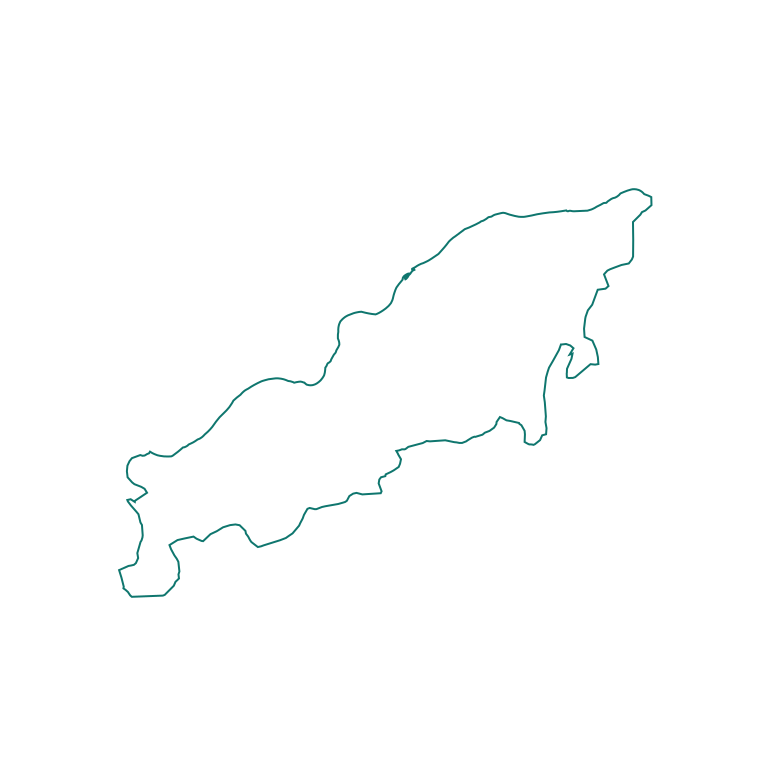 Zifta, Al Gharbiyah, Egypt (orthographic projection), rotated 249°
{"feature_id": "37247803B22072181231059", "entity_name": "Zifta", "entity_type": "district", "adm_level": 2, "iso_a3": "EGY", "parent_name": "Egypt", "parent_adm1": "Al Gharbiyah", "projection": "orthographic", "projection_center": [31.231, 30.728], "detail": "fine", "context": "isolated", "style": "outline", "palette": "teal", "viewbox_px": 768, "rotation_deg": 249, "n_neighbors": 0, "source": "geoboundaries", "source_scale": "gbopen_adm2", "svg_char_len": 6152}
<svg xmlns="http://www.w3.org/2000/svg" viewBox="0 0 768 768"><g transform="rotate(249 384 384)"><path d="M325.8,591.3L332.5,593.3L340.1,594.5L349.8,594.1L356.0,588.1L364.0,590.6L372.9,595.3L374.5,596.3L379.7,600.7L383.4,606.8L395.4,617.3L393.6,625.0L395.0,628.7L407.5,628.7L408.0,629.6L409.8,633.2L410.1,636.2L410.1,641.1L410.0,648.4L408.8,655.7L411.4,660.0L413.7,662.2L429.2,668.3L446.0,674.5L450.2,684.0L452.0,686.4L452.3,690.3L455.1,697.8L462.7,700.5L463.2,700.1L465.0,698.4L468.0,695.0L469.5,694.4L471.1,693.6L472.5,692.6L473.8,691.4L474.3,690.7L475.3,689.3L476.1,687.7L476.7,686.1L477.0,684.4L477.3,680.6L477.3,676.7L477.2,673.6L477.1,672.9L476.2,671.2L475.5,669.0L475.2,667.0L475.2,666.1L475.4,664.7L475.4,664.0L475.3,662.5L474.4,658.7L474.2,658.0L473.5,656.6L473.7,655.7L474.1,654.5L474.2,653.7L473.7,650.3L473.3,646.1L472.9,644.0L472.7,642.1L472.6,640.2L472.7,638.9L472.9,636.1L477.2,623.2L477.9,621.7L478.9,620.1L479.2,619.4L479.3,618.6L479.3,617.7L479.7,617.0L480.2,616.6L480.7,616.4L480.9,615.5L481.8,611.2L482.7,607.4L483.7,603.7L484.9,599.9L486.4,593.5L487.6,587.7L488.4,582.2L489.4,576.8L489.8,574.9L490.4,573.1L491.1,571.4L491.9,569.7L494.1,566.2L497.1,562.0L498.5,560.3L499.8,558.8L500.3,558.1L501.2,556.5L501.6,554.4L502.3,548.6L502.3,547.2L502.1,545.8L501.9,545.0L501.8,544.1L502.3,541.3L501.5,538.7L501.0,535.9L500.9,534.8L501.0,534.2L501.0,533.4L501.0,532.7L500.6,531.3L500.1,526.9L499.9,523.9L499.6,519.5L499.6,514.9L496.3,503.3L495.8,501.1L494.6,497.7L493.7,495.6L491.9,492.7L490.1,489.6L485.9,481.5L484.0,473.4L483.3,469.8L483.1,468.1L482.9,465.5L482.8,463.9L482.9,461.7L482.7,459.2L482.4,457.2L481.9,455.1L481.5,451.6L480.8,451.3L480.3,451.7L480.5,452.5L480.4,453.2L479.7,453.3L479.5,451.2L478.5,449.4L477.7,448.3L477.3,447.6L476.7,446.1L475.5,444.7L475.0,443.9L474.2,442.3L474.1,441.5L476.0,441.4L476.4,442.0L476.9,443.4L477.3,445.1L477.4,446.1L477.7,446.7L478.2,446.8L478.4,446.0L478.3,444.4L477.8,442.1L477.4,441.1L477.1,440.6L476.4,439.7L476.0,439.4L474.8,438.8L474.2,437.8L471.9,433.7L469.6,430.2L467.8,428.4L465.2,426.2L463.4,424.8L460.6,422.9L459.1,421.7L457.8,420.3L457.1,419.6L456.1,417.9L455.2,416.2L453.9,412.7L453.1,409.7L452.6,407.4L452.2,405.0L452.0,402.7L452.0,401.1L453.6,398.0L455.3,395.1L457.1,392.3L459.6,388.7L460.2,386.5L460.6,384.3L460.9,382.2L461.0,380.8L461.0,376.7L461.0,375.0L460.8,373.3L460.5,371.7L460.0,370.0L459.4,368.4L458.4,366.4L458.1,365.8L457.6,365.2L455.7,363.4L454.4,362.5L453.1,361.7L451.2,360.8L449.0,360.0L446.7,358.7L443.9,357.6L443.1,357.3L440.8,357.3L439.0,357.1L437.3,356.6L436.6,356.3L434.8,354.5L432.4,351.5L431.4,350.8L430.6,350.0L430.0,349.0L429.7,348.3L429.1,347.4L425.9,343.6L424.4,342.3L423.7,340.4L423.5,339.0L423.2,338.5L422.0,337.3L421.3,336.6L420.3,335.1L418.0,334.0L415.8,332.8L413.7,331.3L412.8,330.3L411.5,328.5L410.1,326.1L409.2,323.7L408.6,321.4L408.4,319.7L408.4,318.9L408.5,317.2L408.7,316.3L409.2,314.7L410.0,313.2L411.2,311.5L413.0,310.5L413.8,310.2L414.1,309.6L414.6,309.1L415.5,308.0L416.2,306.8L416.6,305.4L417.1,302.9L417.4,300.6L418.4,299.7L419.6,298.2L420.2,297.4L421.1,295.7L423.0,293.7L424.4,292.0L425.9,289.7L427.2,287.2L428.0,285.2L428.4,283.7L429.2,280.4L429.8,277.9L430.2,274.1L430.4,271.7L430.4,270.1L430.1,266.3L429.6,262.2L429.1,259.1L428.3,255.4L428.1,253.6L427.8,251.9L427.3,250.3L426.7,248.8L426.0,247.3L425.4,246.2L424.1,241.8L422.7,238.1L422.5,237.5L420.8,235.5L419.3,233.4L417.9,231.4L416.7,229.2L415.8,227.5L411.9,218.6L411.5,217.9L409.0,213.6L405.5,208.3L404.0,205.5L402.6,202.5L401.1,198.5L400.5,197.3L399.8,195.6L399.5,194.6L399.1,192.8L399.0,191.8L399.0,190.1L398.3,187.2L397.9,185.0L397.7,182.8L397.5,179.9L396.9,178.6L396.6,177.1L396.5,175.6L396.5,174.9L396.8,173.6L395.7,170.6L394.6,167.4L392.8,161.1L392.7,160.3L392.7,159.4L392.9,158.8L393.7,156.4L395.3,152.6L397.3,149.0L398.7,146.9L400.8,144.6L402.6,142.9L404.7,141.3L403.5,139.8L403.5,137.8L403.0,134.9L403.5,132.9L405.0,131.0L405.1,122.1L403.1,118.7L399.7,115.2L394.7,112.7L388.8,111.2L382.4,113.6L379.9,115.1L375.0,120.5L372.0,122.9L367.4,123.8L364.2,109.6L363.2,109.1L367.2,106.2L367.7,102.8L366.2,102.8L361.3,104.2L353.4,107.1L350.4,108.1L342.0,107.0L339.1,107.5L329.2,104.5L327.3,103.5L324.8,101.5L323.8,100.1L314.5,93.1L309.6,92.1L305.7,88.2L304.8,85.7L305.2,82.8L305.7,80.3L305.2,70.0L297.4,69.5L288.0,68.4L286.6,67.5L284.5,68.9L281.6,70.4L277.6,71.3L275.7,72.3L265.7,101.7L265.7,103.7L271.0,115.5L274.0,118.4L275.9,122.9L279.9,123.9L282.3,125.8L291.7,128.3L295.1,127.9L299.1,126.9L306.0,126.0L310.5,126.0L312.3,135.3L311.3,142.2L309.8,151.5L306.8,153.5L302.9,157.4L302.1,158.8L306.0,168.2L306.5,175.1L307.9,182.4L307.4,189.8L306.1,195.0L303.9,198.6L296.5,202.0L293.8,201.5L290.3,202.5L286.9,202.9L284.4,203.4L283.4,203.9L277.0,207.8L276.5,211.2L276.5,213.7L275.4,230.9L275.4,237.2L276.3,240.7L277.3,245.1L282.2,254.0L284.1,255.9L287.6,259.9L290.5,262.4L294.9,267.8L294.9,270.2L291.9,274.6L291.4,276.1L291.4,282.0L290.9,285.4L288.4,298.2L287.9,303.7L287.8,305.5L288.3,307.5L291.8,311.5L292.2,313.4L292.7,315.9L292.2,319.3L288.7,324.2L283.2,341.8L284.7,343.3L293.1,343.4L296.5,345.4L298.0,347.8L297.5,352.2L299.0,353.2L299.4,358.6L299.9,362.1L301.3,368.0L303.8,370.4L307.7,372.9L313.2,372.0L314.1,372.0L317.1,371.5L316.6,374.4L316.6,377.4L315.6,379.8L315.6,380.8L316.6,384.2L315.5,394.5L315.0,399.0L315.5,403.4L314.0,406.3L309.5,421.0L304.5,428.8L303.5,430.8L302.0,433.2L301.0,435.7L301.0,440.1L301.5,442.1L302.4,447.0L302.4,449.5L301.9,450.4L301.4,457.8L302.4,460.7L302.4,465.7L303.8,471.1L304.8,472.5L306.3,474.5L308.2,475.5L311.6,480.4L309.7,482.4L306.2,485.3L304.2,488.7L299.2,496.1L298.3,496.1L296.3,497.5L289.9,498.5L286.4,497.5L279.5,494.5L276.6,496.9L275.6,497.9L274.6,500.3L273.6,501.8L273.7,503.3L275.7,509.6L279.4,513.3L279.0,517.3L284.5,519.9L290.7,521.1L295.7,523.5L309.4,527.6L316.0,529.1L320.1,531.4L332.0,537.6L336.8,541.2L340.1,543.9L345.1,550.1L352.9,559.4L357.5,563.4L357.2,564.1L356.1,568.3L353.2,571.7L349.5,573.7L347.8,571.5L347.3,570.9L344.9,567.8L344.8,570.9L340.3,568.0L332.6,560.3L328.9,558.7L328.2,558.3L324.6,557.1L323.5,558.4L322.0,562.4L321.9,565.0L328.5,583.9L326.4,588.1L325.8,591.3Z" fill="none" stroke="#0f766e" stroke-width="2"/></g></svg>